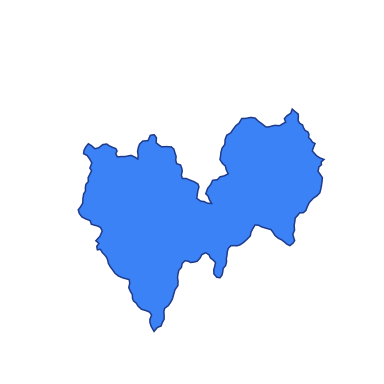 the district of Sabará, Minas Gerais, Brazil, rotated 42°
{"feature_id": "56859067B97215734889399", "entity_name": "Sabará", "entity_type": "district", "adm_level": 2, "iso_a3": "BRA", "parent_name": "Brazil", "parent_adm1": "Minas Gerais", "projection": "robinson", "projection_center": [-43.778, -19.845], "detail": "fine", "context": "isolated", "style": "filled", "palette": "blue", "viewbox_px": 384, "rotation_deg": 42, "n_neighbors": 0, "source": "geoboundaries", "source_scale": "gbopen_adm2", "svg_char_len": 3345}
<svg xmlns="http://www.w3.org/2000/svg" viewBox="0 0 384 384"><g transform="rotate(42 192 192)"><path d="M119.4,281.4L122.7,283.4L126.9,284.2L131.2,283.1L135.4,281.4L138.8,283.3L141.9,281.8L144.9,280.3L147.7,279.6L151.4,281.1L153.2,286.5L153.2,292.6L157.1,292.4L157.6,296.2L160.4,298.3L162.2,295.9L166.0,297.0L169.9,297.3L172.8,297.9L175.3,299.3L177.6,301.0L181.5,302.3L184.7,302.9L189.0,303.9L193.4,303.7L197.6,302.3L201.1,300.6L203.9,299.1L206.8,301.5L209.0,305.4L212.5,307.0L216.3,308.2L219.0,310.9L221.5,312.1L224.9,311.9L228.2,312.9L232.9,313.0L236.8,311.1L241.0,309.6L244.4,310.6L245.9,314.8L248.3,317.3L251.6,319.2L257.1,321.0L256.9,315.8L258.7,312.3L257.4,309.2L256.4,305.2L253.6,302.1L251.0,299.6L249.5,296.8L250.4,292.4L249.9,288.2L249.0,284.6L247.1,280.8L244.8,276.1L244.1,271.0L241.3,267.6L238.5,265.3L236.8,262.9L234.6,259.0L234.6,255.2L232.5,251.6L232.8,247.7L235.5,246.0L238.2,245.3L240.4,242.7L242.2,240.0L242.2,235.7L241.2,232.1L242.8,227.9L246.8,227.3L249.8,228.7L253.3,228.4L256.7,228.7L258.8,232.4L260.1,235.1L263.1,238.2L267.5,238.8L270.2,237.0L269.9,233.8L268.5,231.1L266.3,227.9L266.2,224.2L264.3,220.6L262.1,218.6L260.4,215.7L258.3,212.9L256.7,209.7L256.8,206.0L259.0,203.8L261.5,201.8L263.2,198.7L264.1,194.7L264.5,190.9L264.7,185.6L262.8,182.6L261.8,178.9L260.9,174.3L263.8,172.1L266.6,171.5L270.2,169.9L273.4,168.3L275.9,167.1L279.4,167.8L282.8,168.8L287.0,168.6L290.6,167.6L294.1,167.3L297.3,167.3L300.6,166.4L301.3,162.7L300.8,159.4L297.4,157.4L295.1,155.8L293.8,151.8L290.2,148.4L288.0,144.9L286.1,142.3L286.2,139.0L285.9,135.5L288.6,132.9L289.0,129.5L287.5,125.8L286.2,121.3L286.3,115.5L287.4,111.2L287.5,107.0L286.1,104.3L284.3,101.2L282.1,97.9L279.3,94.1L275.4,93.1L271.9,92.3L269.5,88.4L270.0,85.2L267.9,83.2L268.3,79.5L264.1,81.1L260.3,81.7L253.9,81.0L252.1,76.8L251.0,73.6L248.4,74.4L245.0,73.6L242.2,73.5L240.4,70.9L237.8,69.8L235.0,70.6L232.0,69.7L229.3,68.2L226.1,68.9L223.0,67.9L220.8,65.0L218.8,63.0L214.7,63.3L211.0,63.3L212.7,67.5L211.5,71.9L211.6,75.7L214.9,77.5L213.8,80.3L212.8,84.0L208.7,87.3L205.8,91.8L203.6,94.2L198.6,94.5L194.0,95.0L189.5,94.8L185.9,97.1L182.9,101.1L179.8,104.1L180.9,109.3L180.2,113.5L180.6,117.6L181.2,122.3L179.8,126.5L181.4,130.7L184.6,134.7L185.0,139.3L187.0,143.2L188.7,145.5L191.1,149.2L195.6,150.4L199.5,150.4L202.4,152.5L206.8,154.3L205.0,158.7L202.7,161.9L202.6,165.9L199.5,169.5L200.9,174.0L201.2,178.8L203.4,184.1L206.5,184.2L210.2,186.1L214.3,187.4L210.9,190.0L207.4,191.0L204.5,193.0L199.8,193.5L197.3,189.9L195.3,186.8L193.8,183.6L191.1,182.1L186.8,182.9L182.0,184.7L178.6,185.9L175.8,188.4L172.9,186.7L170.7,182.9L168.4,181.1L165.4,179.6L161.6,181.2L158.6,179.2L156.4,176.2L153.1,174.3L149.8,172.3L146.5,172.3L142.8,175.2L139.1,178.8L136.1,179.2L132.4,179.4L129.3,175.5L125.6,174.7L123.1,177.7L124.9,183.3L121.3,187.1L121.0,191.5L122.4,194.9L124.5,198.4L127.3,200.6L129.7,203.8L126.6,204.2L122.2,205.5L120.4,208.0L118.3,210.7L115.9,212.8L113.1,215.8L109.7,214.6L108.9,211.7L106.4,210.7L103.3,211.9L99.4,213.1L96.5,213.4L94.0,216.4L93.1,221.5L90.9,224.8L86.5,224.8L82.7,225.5L82.9,229.4L83.8,233.1L85.8,236.1L89.7,235.0L94.3,236.1L98.1,237.4L100.1,242.6L103.1,243.3L104.0,246.4L105.2,250.8L108.0,253.7L108.0,257.3L109.9,260.2L112.2,262.6L112.7,265.8L115.2,269.7L118.2,273.3L119.1,277.5L119.4,281.4Z" fill="#3b82f6" stroke="#1e3a8a" stroke-width="1.5"/></g></svg>